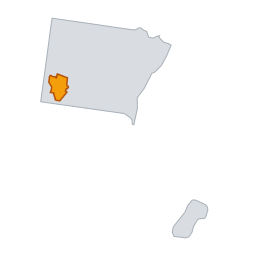 location of Nsoc Nsomo, Kié-Ntem, Equatorial Guinea, rotated 188°
{"feature_id": "11065452B43435483695389", "entity_name": "Nsoc Nsomo", "entity_type": "district", "adm_level": 2, "iso_a3": "GNQ", "parent_name": "Equatorial Guinea", "parent_adm1": "Kié-Ntem", "projection": "natural_earth1", "projection_center": [11.077, 1.936], "detail": "fine", "context": "in_parent", "style": "filled", "palette": "amber", "viewbox_px": 256, "rotation_deg": 188, "n_neighbors": 0, "source": "geoboundaries", "source_scale": "gbopen_adm2", "svg_char_len": 2544}
<svg xmlns="http://www.w3.org/2000/svg" viewBox="0 0 256 256"><g transform="rotate(188 128 128)"><path d="M218.1,141.9L218.2,158.6L218.2,172.7L218.3,188.0L218.4,203.9L218.5,217.4L218.5,226.2L205.7,226.1L188.8,226.1L171.8,226.0L154.8,225.9L146.3,225.9L136.9,225.9L133.9,226.3L131.8,228.5L129.3,229.0L126.4,227.1L122.9,226.2L122.0,224.3L120.2,220.8L116.7,220.4L115.0,220.8L112.4,222.8L109.6,223.8L110.1,222.2L104.6,217.9L100.5,217.4L96.8,216.1L99.8,204.7L103.6,194.7L109.2,187.1L112.2,185.3L113.2,181.6L117.6,169.2L123.1,159.2L121.4,149.0L122.7,132.0L124.3,132.4L124.6,134.0L125.0,136.4L127.1,138.5L133.9,141.8L154.3,141.8L166.5,141.8L184.5,141.8L203.6,141.8L218.1,141.9ZM56.3,27.0L57.9,27.3L67.2,27.0L69.7,30.8L69.4,36.4L59.8,52.8L58.0,59.7L54.3,65.6L51.1,66.1L40.0,62.6L38.2,60.5L37.5,57.7L38.6,51.2L39.4,49.2L44.7,48.0L46.4,46.9L49.3,39.8L50.2,33.4L52.6,28.6L56.3,27.0Z" fill="#d9dde1" stroke="#a8b0b8" stroke-width="1"/><path d="M205.6,149.8L205.6,149.7L205.6,149.4L205.3,149.1L205.1,148.9L204.9,148.5L204.8,148.3L204.7,148.2L204.6,147.9L204.5,147.6L204.4,147.4L204.3,147.0L204.2,147.0L204.2,146.9L204.3,146.8L204.2,146.7L204.1,146.2L203.9,146.1L203.7,145.9L203.5,145.7L203.4,145.6L203.2,145.4L199.8,145.5L199.6,145.5L199.3,145.4L198.9,146.1L197.8,147.9L197.7,148.0L197.6,148.3L196.9,149.3L196.1,150.7L196.0,150.8L193.4,155.1L193.5,155.2L193.8,155.3L194.0,155.3L194.3,155.4L194.4,155.5L194.7,155.5L194.8,155.5L195.0,155.6L194.9,155.8L194.9,156.0L195.0,156.1L195.1,156.3L195.1,156.5L195.1,156.8L195.0,157.0L194.9,157.1L194.8,157.3L194.7,157.5L194.7,157.8L194.7,158.0L194.1,158.7L193.6,158.5L193.3,158.9L193.2,159.1L193.1,159.5L192.7,159.9L192.7,160.5L194.3,161.7L194.6,162.0L195.0,169.3L197.6,169.8L198.5,170.1L205.5,171.7L205.6,171.4L205.7,171.1L205.6,170.9L205.6,170.6L205.6,170.4L205.6,170.1L205.7,169.9L205.8,169.7L205.7,169.4L205.8,169.3L205.8,169.2L205.7,169.0L205.7,168.8L205.7,168.6L205.8,168.5L205.9,168.2L205.9,167.8L206.0,167.6L206.7,168.0L207.4,168.8L208.0,168.6L208.9,168.3L209.3,168.3L211.8,169.3L212.3,169.2L212.5,169.0L212.5,168.6L212.7,168.2L212.9,168.0L212.9,167.6L213.0,167.2L212.9,166.7L212.7,166.4L212.7,166.1L212.7,165.8L212.8,165.6L212.9,165.4L212.9,165.1L212.9,164.8L212.8,164.4L212.8,164.2L212.7,163.9L212.8,163.6L212.8,163.4L212.8,163.2L212.7,162.8L212.7,162.6L212.8,162.4L209.2,157.9L209.3,154.8L209.8,152.4L206.5,152.4L206.4,152.1L206.3,151.7L206.3,151.3L206.1,151.3L206.1,151.2L205.9,150.8L205.9,150.6L205.7,150.4L205.6,150.2L205.6,149.8L205.6,149.8Z" fill="#f59e0b" stroke="#b45309" stroke-width="1.5"/></g></svg>